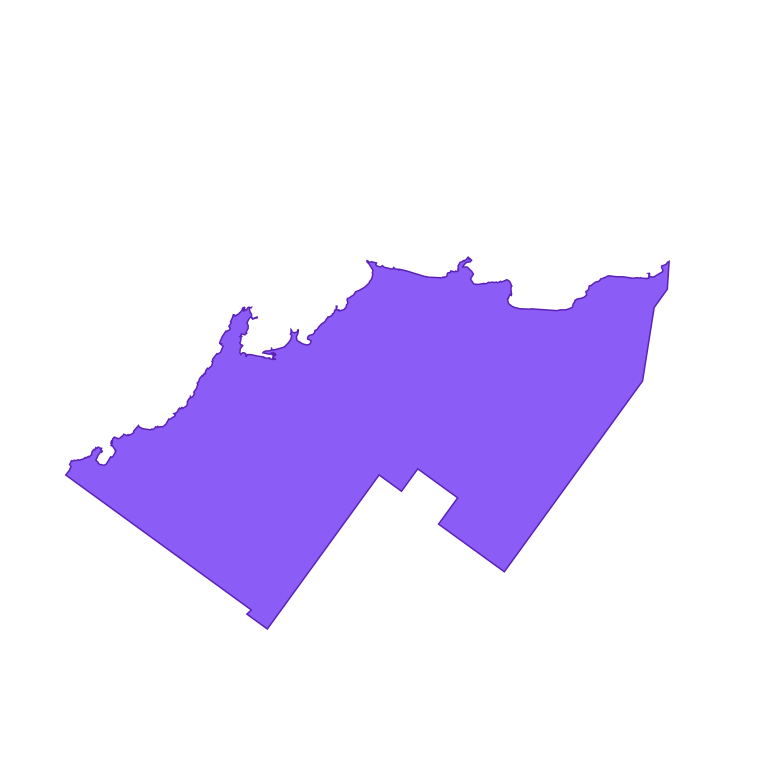 the district of 78, Madinat ach Shamal, Qatar, rotated 36°
{"feature_id": "91078587B72332727540612", "entity_name": "78", "entity_type": "district", "adm_level": 2, "iso_a3": "QAT", "parent_name": "Qatar", "parent_adm1": "Madinat ach Shamal", "projection": "albers", "projection_center": [51.051, 25.993], "detail": "fine", "context": "isolated", "style": "filled", "palette": "violet", "viewbox_px": 768, "rotation_deg": 36, "n_neighbors": 0, "source": "geoboundaries", "source_scale": "gbopen_adm2", "svg_char_len": 6170}
<svg xmlns="http://www.w3.org/2000/svg" viewBox="0 0 768 768"><g transform="rotate(36 384 384)"><path d="M591.7,465.2L591.4,229.6L557.6,163.3L557.5,140.8L542.6,117.2L541.9,118.8L541.8,121.2L541.0,123.0L539.4,125.0L539.7,126.2L542.8,128.2L543.4,129.4L539.2,139.1L535.5,141.1L533.9,138.4L534.1,138.0L533.1,139.0L533.5,138.9L536.0,142.8L534.6,143.9L534.8,144.1L529.5,147.3L529.0,147.2L528.6,148.0L526.6,149.0L523.1,152.2L514.8,156.5L508.8,160.7L502.3,164.3L501.0,166.0L500.4,167.9L499.4,168.8L499.5,169.4L497.6,171.5L497.7,174.1L495.0,177.6L493.7,182.4L492.4,183.9L493.8,187.0L493.8,188.4L493.0,190.5L495.5,192.8L495.5,193.7L494.8,196.3L493.2,198.8L490.6,201.2L489.3,204.2L490.0,205.7L490.0,208.1L491.2,210.7L490.9,211.8L489.7,214.2L487.4,217.2L482.7,220.7L481.0,222.9L459.3,236.4L457.9,237.8L449.8,243.2L444.7,245.3L441.8,245.9L437.5,245.7L434.5,243.3L433.8,242.2L433.8,241.9L434.3,242.1L434.2,241.3L433.2,237.5L433.6,237.0L434.4,237.7L435.0,237.5L434.3,236.2L430.9,232.7L429.8,230.6L429.9,229.7L425.3,227.1L422.1,227.4L420.0,231.1L418.9,232.4L417.9,232.4L416.6,235.2L415.2,235.4L413.3,237.3L412.0,237.7L410.1,239.6L408.8,240.3L408.1,242.1L406.9,243.5L405.5,244.0L405.5,244.9L404.6,245.1L401.9,247.9L398.2,250.2L397.3,250.2L392.2,248.1L391.8,242.6L389.0,241.4L382.6,240.5L378.9,243.0L378.7,240.3L379.1,238.0L380.1,236.1L381.9,234.7L382.1,232.4L379.4,232.0L379.4,232.9L377.5,232.0L377.3,235.7L376.8,236.1L376.6,237.5L375.7,237.5L375.0,239.8L374.1,240.7L374.5,244.9L375.9,246.3L376.2,247.7L377.1,247.7L377.3,249.5L376.6,250.4L375.7,250.4L375.2,251.8L371.6,253.2L372.2,254.6L370.4,256.4L370.4,257.8L371.3,259.2L371.3,260.6L370.0,262.0L369.7,262.9L368.8,262.9L367.9,264.7L367.0,265.0L357.3,271.4L353.2,273.3L335.7,279.3L328.9,282.2L328.9,283.2L327.9,282.9L325.6,284.3L323.3,284.1L323.6,285.5L322.9,286.4L315.5,289.4L313.2,289.2L312.3,291.5L309.1,292.6L307.7,292.6L307.3,292.4L306.8,290.5L302.2,292.4L301.7,293.2L299.8,294.3L298.7,293.9L297.8,294.1L298.5,295.3L299.5,295.0L300.2,295.6L301.5,295.7L308.4,298.6L309.2,300.9L310.1,301.5L311.5,304.1L312.3,306.8L312.1,309.4L312.6,311.1L311.5,317.1L309.0,322.6L306.8,326.1L307.1,330.1L305.9,332.6L305.4,334.7L304.2,336.3L304.5,337.5L306.7,339.3L307.4,340.4L307.2,342.2L308.0,343.4L308.0,347.2L305.1,350.9L304.3,351.3L303.9,350.6L302.0,351.9L300.5,349.6L300.7,349.1L300.1,348.7L299.6,349.1L301.7,352.0L300.8,352.8L301.8,356.1L301.1,357.5L301.6,358.7L300.6,361.3L299.2,362.8L299.6,363.6L299.2,364.9L299.6,368.2L298.2,372.1L297.7,375.9L297.9,379.0L296.7,381.2L297.7,383.7L297.3,385.8L295.6,387.8L294.8,389.3L294.8,390.4L295.1,391.7L295.9,392.5L299.1,391.9L300.0,392.2L300.1,393.3L300.5,394.0L300.5,395.5L298.7,397.8L294.4,399.4L287.9,399.8L285.4,397.3L284.7,393.9L283.4,391.1L282.8,390.6L282.4,391.2L283.5,392.1L281.7,395.0L278.7,396.2L278.0,395.0L276.9,394.7L278.7,397.1L278.8,398.6L280.9,399.0L282.3,402.7L282.5,406.3L281.7,412.1L280.9,413.7L275.9,420.0L273.4,422.3L271.4,420.6L273.3,422.4L271.4,424.9L268.6,427.1L267.7,428.9L267.7,430.0L274.3,427.0L274.9,425.1L275.4,425.5L276.0,423.8L276.2,424.0L275.9,425.8L277.0,426.4L276.3,425.8L277.0,423.5L277.8,423.5L277.4,425.7L277.9,426.3L277.6,425.8L278.3,424.0L278.7,423.8L279.4,424.4L278.6,425.1L278.3,426.8L278.2,427.7L278.7,428.3L281.0,427.4L281.5,427.9L279.7,429.3L280.1,429.7L279.4,429.5L277.0,430.8L276.4,430.1L275.8,430.3L273.9,432.3L272.2,432.7L271.6,433.3L271.2,432.8L270.2,433.1L265.4,435.7L259.0,438.5L256.3,440.5L256.3,442.8L255.8,442.8L254.9,441.0L253.5,440.8L252.1,441.2L251.2,441.9L250.8,444.2L248.9,443.3L247.3,440.5L246.9,439.2L247.1,435.9L246.2,435.9L246.2,436.8L243.0,435.5L243.2,434.5L241.1,430.4L239.7,430.4L240.7,429.0L239.7,429.0L239.3,427.1L242.5,426.0L243.0,423.5L242.0,423.5L241.4,418.8L240.4,417.5L239.7,416.5L237.0,415.1L237.2,414.2L236.8,413.3L236.5,409.1L236.9,408.1L239.7,408.7L241.3,406.0L241.8,405.9L242.5,404.8L241.9,404.4L239.6,408.1L237.0,407.9L237.2,407.3L236.4,406.1L234.8,404.9L233.8,404.8L231.0,402.5L230.7,401.4L231.8,400.3L231.7,399.9L230.6,401.3L229.8,401.2L229.1,401.7L229.0,405.0L228.7,405.4L227.8,405.4L227.8,407.3L226.9,407.3L226.4,404.1L226.0,404.1L226.0,405.0L225.1,405.0L225.3,406.8L225.7,407.3L225.7,410.5L225.3,411.0L225.3,412.8L224.4,414.2L224.4,415.1L223.7,416.5L222.3,417.0L222.3,416.1L221.4,416.5L222.5,419.8L223.2,423.9L224.4,424.4L224.6,428.5L227.1,429.5L227.1,431.3L226.2,432.7L226.0,434.1L225.0,434.1L225.3,441.0L226.7,447.0L227.3,447.7L228.7,447.0L228.7,447.9L231.5,447.9L233.1,454.4L231.9,457.6L231.0,457.6L230.8,464.5L231.7,465.9L231.5,466.8L232.4,466.8L234.0,470.5L232.8,475.1L231.9,475.1L232.1,478.4L233.1,479.8L233.3,481.1L232.4,481.1L232.8,483.9L231.9,483.9L231.7,488.5L232.6,490.4L232.4,493.1L233.5,493.6L234.9,497.8L234.9,502.4L236.0,502.8L236.7,505.2L236.7,506.5L236.0,508.4L234.7,507.9L235.3,509.3L235.3,510.2L234.9,510.7L235.3,513.9L236.7,515.8L237.2,517.6L235.6,521.8L234.2,521.8L234.2,523.6L232.8,523.6L232.6,525.5L233.0,526.8L233.0,529.2L231.4,531.5L233.5,531.9L233.5,533.8L232.6,535.2L231.4,538.8L230.5,538.8L231.2,544.8L230.1,549.0L229.1,549.2L226.8,551.5L225.9,551.3L225.9,552.7L224.5,552.7L224.3,555.5L223.6,556.8L222.7,556.8L222.2,558.2L214.9,562.1L211.2,562.6L209.8,561.9L209.2,569.3L210.1,570.7L208.5,574.8L207.5,574.8L207.5,575.8L206.6,575.8L206.6,576.7L203.0,577.6L203.2,579.9L202.7,580.4L202.3,582.7L201.1,584.5L197.0,585.5L196.8,587.8L197.9,590.1L197.0,590.1L197.4,591.5L198.8,591.5L198.8,591.9L197.9,591.9L197.9,592.4L199.0,592.8L199.3,594.2L199.7,594.2L199.7,593.3L203.9,594.9L205.7,595.1L205.7,596.1L206.6,596.1L207.3,602.1L206.6,603.5L205.7,603.5L206.4,612.2L205.2,614.5L202.9,615.2L201.6,616.1L199.3,616.1L198.4,615.2L196.1,615.2L195.6,615.0L194.9,610.8L194.5,610.4L194.7,605.3L195.6,605.3L195.6,603.9L193.3,603.5L193.3,602.1L191.9,602.8L190.6,602.8L189.6,603.4L189.6,604.8L188.3,604.8L188.7,607.6L187.8,607.6L187.6,610.4L188.9,613.1L188.3,616.4L187.3,616.4L186.4,619.1L185.5,619.1L184.8,621.4L182.3,624.7L180.9,625.1L180.4,626.5L178.1,627.9L177.7,629.3L176.3,629.8L177.0,633.9L179.5,634.8L179.8,637.6L180.2,638.1L180.0,644.7L409.5,644.8L408.3,650.8L433.6,650.8L433.5,460.5L461.2,460.5L461.2,432.8L510.5,432.8L510.5,465.3L591.7,465.2Z" fill="#8b5cf6" stroke="#5b21b6" stroke-width="1.5"/></g></svg>